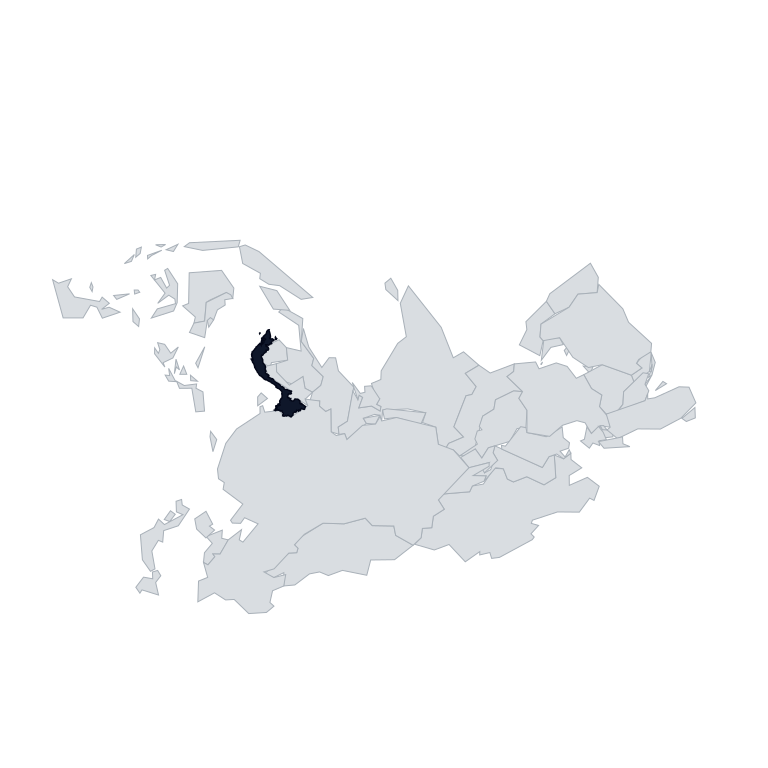 Vietnam on a map of Asia (Robinson projection), rotated 164°
{"feature_id": "VNM", "entity_name": "Vietnam", "entity_type": "country or territory", "adm_level": 0, "iso_a3": "VNM", "parent_name": "Asia", "parent_adm1": "", "projection": "robinson", "projection_center": [106.111, 15.964], "detail": "fine", "context": "in_parent", "style": "filled", "palette": "ink", "viewbox_px": 768, "rotation_deg": 164, "n_neighbors": 45, "source": "natural_earth", "source_scale": "50m", "svg_char_len": 18732}
<svg xmlns="http://www.w3.org/2000/svg" viewBox="0 0 768 768"><g transform="rotate(164 384 384)"><path d="M398.7,221.5L390.7,226.0L386.9,234.6L377.7,232.7L373.0,243.3L360.6,247.0L363.7,257.5L360.2,262.5L331.4,256.8L327.2,261.6L316.1,260.4L301.5,272.6L292.6,269.6L291.6,258.6L286.6,254.2L272.3,255.5L258.0,243.0L244.7,246.6L239.9,268.8L232.0,262.6L223.5,265.9L225.0,259.8L217.0,248.9L231.2,245.0L233.8,235.5L214.2,238.2L205.3,226.4L214.2,214.2L217.8,217.6L231.6,207.0L252.5,213.2L278.9,212.2L280.8,209.4L274.4,205.4L284.0,199.5L281.8,195.5L284.4,193.5L320.8,185.5L328.6,186.7L328.7,192.8L339.1,193.3L338.1,196.5L354.9,190.7L365.7,211.8L381.4,210.6L398.7,221.5Z" fill="#d9dde1" stroke="#a8b0b8" stroke-width="1"/><path d="M239.9,268.8L244.7,246.6L258.0,243.0L272.3,255.5L286.6,254.2L291.6,258.6L292.6,269.6L299.7,272.7L314.6,263.0L311.2,267.5L323.6,271.4L316.6,275.8L310.8,275.3L311.9,270.9L305.0,272.3L300.0,279.5L295.9,279.2L298.1,287.8L294.4,294.0L254.8,260.1L245.4,268.7L239.9,268.8Z" fill="#d9dde1" stroke="#a8b0b8" stroke-width="1"/><path d="M674.2,536.0L673.8,575.6L669.1,570.6L655.5,571.3L661.3,564.7L657.5,553.0L634.7,541.7L631.0,545.2L625.8,537.3L634.9,533.6L627.1,533.6L617.9,525.8L636.6,524.9L638.8,537.0L644.4,540.6L655.1,530.5L674.2,536.0ZM587.7,574.3L584.8,581.9L579.5,582.5L582.4,576.7L587.7,574.3ZM637.4,562.1L637.0,557.5L639.1,553.3L640.2,558.0L637.4,562.1ZM549.9,494.9L546.9,500.4L556.0,514.6L549.6,515.3L540.6,544.6L508.8,538.0L501.9,517.6L505.8,507.9L510.3,515.4L528.0,512.7L532.4,511.4L539.1,493.9L549.9,494.9ZM603.7,540.8L617.6,539.0L619.5,543.6L603.7,540.8ZM598.2,543.2L594.5,542.1L593.5,539.5L598.9,539.2L598.2,543.2ZM604.0,506.9L608.1,513.2L604.9,525.6L601.1,514.0L604.0,506.9ZM566.1,512.2L589.5,511.5L581.2,518.7L562.3,518.7L561.6,523.3L566.4,528.7L579.3,523.9L569.4,531.7L578.2,552.6L573.3,552.3L575.9,547.3L569.3,548.0L566.5,536.1L562.9,538.0L563.5,553.8L560.1,554.7L554.7,537.2L560.4,519.2L566.1,512.2ZM565.2,580.8L555.5,578.3L560.5,577.1L565.2,580.8ZM560.7,573.8L571.9,571.6L576.7,569.4L575.9,572.8L560.7,573.8ZM549.9,569.4L556.4,573.1L543.6,575.1L549.9,569.4ZM486.3,556.0L521.5,562.4L538.1,571.1L532.0,573.4L482.7,561.8L486.3,556.0ZM472.3,524.5L486.6,538.8L485.1,555.8L479.1,555.9L467.7,545.8L428.6,486.8L440.3,488.2L457.2,507.3L467.2,511.6L474.4,519.5L472.3,524.5Z" fill="#d9dde1" stroke="#a8b0b8" stroke-width="1"/><path d="M588.3,577.3L593.0,571.5L600.4,571.3L588.3,577.3Z" fill="#d9dde1" stroke="#a8b0b8" stroke-width="1"/><path d="M128.0,317.5L121.8,326.1L118.5,340.5L117.3,330.0L124.0,318.7L128.0,317.5Z" fill="#d9dde1" stroke="#a8b0b8" stroke-width="1"/><path d="M133.2,311.8L124.2,318.6L132.9,309.5L133.2,311.8Z" fill="#d9dde1" stroke="#a8b0b8" stroke-width="1"/><path d="M125.4,322.9L120.8,329.2L123.7,322.0L125.4,322.9Z" fill="#d9dde1" stroke="#a8b0b8" stroke-width="1"/><path d="M125.4,322.9L143.2,316.9L143.8,324.3L131.7,328.3L135.6,334.3L124.2,342.3L118.5,340.5L125.4,322.9Z" fill="#d9dde1" stroke="#a8b0b8" stroke-width="1"/><path d="M200.8,372.5L213.5,373.2L226.2,363.5L217.9,383.1L202.4,380.1L200.8,372.5Z" fill="#d9dde1" stroke="#a8b0b8" stroke-width="1"/><path d="M197.1,369.4L197.2,364.9L200.6,361.1L201.5,366.6L197.1,369.4Z" fill="#d9dde1" stroke="#a8b0b8" stroke-width="1"/><path d="M183.0,337.1L187.5,346.3L178.4,342.9L183.0,337.1Z" fill="#d9dde1" stroke="#a8b0b8" stroke-width="1"/><path d="M143.8,324.3L143.2,316.9L155.8,310.5L159.9,298.7L168.9,292.5L178.6,293.8L183.1,302.9L177.7,313.3L185.8,322.4L189.4,337.9L168.9,342.4L143.8,324.3Z" fill="#d9dde1" stroke="#a8b0b8" stroke-width="1"/><path d="M219.1,381.8L226.4,368.3L243.1,384.3L231.7,396.9L230.4,404.8L205.1,418.7L200.3,404.4L216.6,398.3L221.1,386.2L219.1,381.8ZM227.8,359.9L225.5,361.5L227.2,359.4L227.8,359.9Z" fill="#d9dde1" stroke="#a8b0b8" stroke-width="1"/><path d="M467.8,445.9L470.0,433.5L486.3,435.6L488.7,431.4L494.7,437.7L494.0,445.0L485.0,449.7L487.4,453.4L472.7,455.4L467.8,445.9Z" fill="#d9dde1" stroke="#a8b0b8" stroke-width="1"/><path d="M481.9,433.2L470.0,433.5L467.8,445.9L454.6,438.5L449.8,463.9L465.3,482.2L460.0,485.5L444.0,469.3L451.8,447.7L444.5,428.0L448.3,421.6L440.4,407.8L445.1,400.1L455.0,395.8L461.1,401.6L459.9,413.5L471.2,408.6L479.3,414.0L483.9,425.3L481.9,433.2Z" fill="#d9dde1" stroke="#a8b0b8" stroke-width="1"/><path d="M493.4,433.6L481.9,433.2L483.9,425.3L475.2,409.0L459.9,413.5L461.1,401.6L455.0,395.8L463.9,391.2L463.2,384.2L471.3,393.7L477.8,393.7L479.8,399.0L474.9,402.8L493.0,423.2L493.4,433.6Z" fill="#d9dde1" stroke="#a8b0b8" stroke-width="1"/><path d="M455.0,395.8L445.1,400.1L440.4,407.8L448.3,421.6L444.5,428.0L451.8,447.7L446.2,459.6L446.1,440.2L439.2,417.0L429.5,424.4L423.3,422.5L424.2,409.2L413.9,389.3L429.4,358.3L439.9,355.2L441.1,348.0L448.0,352.6L442.0,374.6L447.6,373.6L452.1,380.4L450.5,385.4L460.5,387.1L455.0,395.8Z" fill="#d9dde1" stroke="#a8b0b8" stroke-width="1"/><path d="M606.7,262.2L603.1,271.3L593.0,278.1L597.0,286.5L579.7,288.1L582.5,280.4L576.7,277.1L580.4,273.2L588.5,265.7L595.3,267.8L594.2,264.6L603.1,258.7L606.7,262.2Z" fill="#d9dde1" stroke="#a8b0b8" stroke-width="1"/><path d="M587.1,290.3L597.6,285.1L604.1,296.2L603.1,306.5L590.2,310.7L587.3,296.5L591.0,295.5L587.1,290.3Z" fill="#d9dde1" stroke="#a8b0b8" stroke-width="1"/><path d="M400.5,221.0L422.3,212.2L445.3,218.5L453.3,204.9L475.3,216.3L490.3,215.2L497.7,221.1L508.0,222.0L525.1,215.4L536.0,217.5L532.3,230.3L543.2,228.3L551.7,234.4L522.1,247.7L514.4,245.9L512.0,249.8L514.4,254.1L507.6,259.4L481.0,267.0L460.9,260.6L439.0,260.2L434.3,251.1L413.7,244.8L414.5,235.3L400.5,221.0Z" fill="#d9dde1" stroke="#a8b0b8" stroke-width="1"/><path d="M441.1,348.0L439.9,355.2L429.4,358.3L415.9,385.9L413.4,376.2L411.0,380.2L408.2,377.0L414.8,368.0L402.0,366.2L395.2,359.1L393.2,363.2L396.8,366.4L392.2,370.9L395.4,372.6L395.9,388.0L385.8,389.2L383.1,397.4L359.6,419.3L349.5,423.3L346.1,457.1L333.5,471.6L313.4,422.7L310.2,390.1L298.7,393.0L287.6,375.9L302.9,371.8L296.1,356.1L302.4,349.7L308.4,350.1L328.6,323.6L322.1,311.1L338.2,309.1L343.6,304.0L348.4,311.1L346.1,328.2L357.6,336.3L351.8,344.8L368.0,353.5L392.5,359.3L396.4,349.1L396.7,355.1L401.4,357.4L413.3,356.7L411.8,351.0L435.0,340.8L435.5,347.1L441.1,348.0Z" fill="#d9dde1" stroke="#a8b0b8" stroke-width="1"/><path d="M413.4,376.2L414.1,394.2L409.4,381.5L404.6,381.3L403.3,387.1L396.8,385.8L392.2,370.9L396.8,366.4L393.2,363.2L395.2,359.1L402.0,366.2L414.8,368.0L408.2,377.0L411.0,380.2L413.4,376.2Z" fill="#d9dde1" stroke="#a8b0b8" stroke-width="1"/><path d="M411.8,351.0L413.3,356.7L396.7,355.1L403.2,347.8L411.8,351.0Z" fill="#d9dde1" stroke="#a8b0b8" stroke-width="1"/><path d="M393.2,350.4L392.5,359.3L388.2,359.4L351.8,344.8L359.9,334.9L381.4,348.4L393.2,350.4Z" fill="#d9dde1" stroke="#a8b0b8" stroke-width="1"/><path d="M343.6,304.0L338.2,309.1L322.1,311.1L328.6,323.6L308.4,350.1L302.4,349.7L296.1,356.1L302.9,371.8L287.6,375.9L278.9,365.3L253.2,367.4L255.9,360.3L263.7,357.2L252.9,338.5L261.3,341.6L281.2,338.1L285.3,329.5L298.0,325.9L314.1,297.8L331.2,294.0L335.5,301.5L343.6,304.0Z" fill="#d9dde1" stroke="#a8b0b8" stroke-width="1"/><path d="M278.9,294.2L301.3,293.9L310.4,285.8L314.2,296.4L321.9,291.8L331.2,294.0L310.8,300.5L311.8,306.1L307.3,313.1L302.5,313.0L304.1,317.0L298.0,325.9L285.3,329.5L281.2,338.1L261.3,341.6L252.9,338.5L258.3,333.0L253.8,319.3L259.6,303.0L268.4,304.5L278.9,294.2Z" fill="#d9dde1" stroke="#a8b0b8" stroke-width="1"/><path d="M294.4,294.0L298.1,287.8L295.9,279.2L311.9,270.9L312.9,275.2L304.6,279.5L325.4,280.1L330.5,292.3L314.2,296.4L310.4,285.8L301.3,293.9L294.4,294.0Z" fill="#d9dde1" stroke="#a8b0b8" stroke-width="1"/><path d="M314.6,263.0L327.2,261.6L331.4,256.8L360.2,262.5L325.4,280.1L304.6,279.5L305.6,276.0L323.6,271.4L311.2,267.5L314.6,263.0Z" fill="#d9dde1" stroke="#a8b0b8" stroke-width="1"/><path d="M223.5,265.9L232.0,262.6L237.3,269.1L245.4,268.7L254.8,260.1L288.7,288.9L288.0,292.6L284.4,290.8L264.4,305.3L259.6,303.0L260.0,297.9L242.6,288.6L224.6,293.6L226.5,283.0L221.9,276.4L224.2,271.4L233.3,270.9L230.0,263.9L224.1,269.8L223.5,265.9Z" fill="#d9dde1" stroke="#a8b0b8" stroke-width="1"/><path d="M189.4,337.9L185.8,322.4L177.7,313.3L183.1,302.9L177.0,289.0L178.5,280.1L187.7,284.3L198.3,279.2L201.4,291.3L208.7,295.6L223.8,295.1L239.2,288.0L260.0,297.9L253.8,319.3L258.3,333.0L252.9,338.5L263.7,357.2L255.9,360.3L253.2,367.4L232.2,363.4L230.8,355.9L212.6,356.8L203.1,350.4L197.6,336.5L189.4,337.9Z" fill="#d9dde1" stroke="#a8b0b8" stroke-width="1"/><path d="M126.7,320.9L133.2,311.8L131.3,304.5L137.7,296.0L166.5,293.5L159.9,298.7L155.8,310.5L131.9,323.4L126.7,320.9Z" fill="#d9dde1" stroke="#a8b0b8" stroke-width="1"/><path d="M189.5,284.1L177.5,275.1L178.5,270.1L187.8,271.7L189.5,284.1Z" fill="#d9dde1" stroke="#a8b0b8" stroke-width="1"/><path d="M178.6,293.8L137.7,296.0L133.2,302.0L134.6,297.0L127.5,296.1L101.2,300.0L91.7,296.9L89.4,279.9L108.1,269.3L130.8,264.5L152.5,270.9L174.6,267.1L182.3,278.4L178.5,280.1L178.6,293.8ZM94.1,265.6L103.7,264.6L107.1,268.8L91.6,275.7L94.1,265.6Z" fill="#d9dde1" stroke="#a8b0b8" stroke-width="1"/><path d="M356.2,474.3L355.3,480.7L348.3,483.8L345.0,470.2L347.6,460.3L356.2,474.3Z" fill="#d9dde1" stroke="#a8b0b8" stroke-width="1"/><path d="M504.5,409.3L500.0,402.2L511.4,397.9L509.0,406.4L504.5,409.3ZM325.4,280.1L363.7,257.5L360.6,247.0L373.0,243.3L377.7,232.7L386.9,234.6L390.7,226.0L400.5,221.0L414.5,235.3L413.7,244.8L434.3,251.1L439.0,260.2L460.9,260.6L481.0,267.0L502.0,261.5L514.4,254.1L512.0,249.8L514.4,245.9L522.1,247.7L540.6,236.6L551.3,236.5L543.2,228.3L531.0,227.9L536.0,217.5L548.1,216.0L553.9,205.4L551.0,200.8L560.0,196.8L577.3,200.6L587.4,218.2L595.8,220.1L604.5,230.0L623.0,225.9L616.6,245.7L606.8,246.7L606.7,262.2L603.1,258.7L594.2,264.6L595.3,267.8L588.5,265.7L576.7,277.1L561.1,283.3L566.1,274.1L563.2,270.9L543.6,284.3L554.9,293.9L560.3,289.6L568.1,292.1L569.1,295.3L552.8,307.5L567.7,327.1L564.7,333.3L569.2,338.5L567.5,348.2L552.4,370.6L538.1,381.4L511.3,389.8L509.5,396.3L506.6,396.6L506.4,389.8L491.6,387.3L489.9,381.3L482.5,377.9L463.2,384.2L463.9,391.2L450.5,385.4L452.1,380.4L447.6,373.6L442.0,374.6L448.0,352.6L444.1,347.6L435.5,347.1L435.0,340.8L416.0,350.2L403.2,347.8L396.7,353.9L396.4,349.1L381.4,348.4L346.1,328.2L348.4,311.1L335.5,301.5L325.4,280.1Z" fill="#d9dde1" stroke="#a8b0b8" stroke-width="1"/><path d="M567.1,366.1L565.8,381.3L563.7,386.3L560.1,376.7L567.1,366.1Z" fill="#d9dde1" stroke="#a8b0b8" stroke-width="1"/><path d="M193.7,265.4L199.5,269.7L204.3,265.7L210.8,275.1L206.6,275.6L200.8,286.8L198.3,279.2L189.5,284.1L186.6,277.2L185.6,269.1L192.9,270.2L193.7,265.4ZM187.7,284.3L184.4,283.5L182.3,278.4L186.6,279.8L187.7,284.3Z" fill="#d9dde1" stroke="#a8b0b8" stroke-width="1"/><path d="M164.9,256.0L190.2,261.6L193.7,269.5L169.3,267.4L170.8,260.7L164.9,256.0Z" fill="#d9dde1" stroke="#a8b0b8" stroke-width="1"/><path d="M567.6,445.8L562.5,438.1L568.9,440.5L567.6,445.8ZM577.1,465.2L576.7,453.9L578.9,457.6L582.7,451.7L577.1,465.2ZM590.0,460.7L596.2,476.3L594.5,481.9L592.4,475.7L590.0,478.8L590.2,486.1L583.9,482.6L580.5,472.4L571.5,476.3L579.8,467.2L590.4,465.4L590.0,460.7ZM559.3,455.9L546.0,469.2L558.3,450.9L559.3,455.9ZM572.6,409.1L569.9,432.9L581.8,436.2L582.6,443.8L576.4,437.6L564.1,435.7L565.9,431.7L560.2,426.3L564.0,407.4L572.6,409.1ZM571.7,456.5L570.9,447.7L577.6,449.6L571.7,456.5ZM590.2,446.1L591.9,452.9L587.7,451.2L586.7,458.4L583.6,443.7L590.2,446.1Z" fill="#d9dde1" stroke="#a8b0b8" stroke-width="1"/><path d="M454.3,480.8L469.7,486.5L476.5,512.2L461.3,503.3L454.3,480.8ZM549.9,494.9L539.1,493.9L532.4,511.4L510.3,515.4L506.7,512.0L505.8,507.9L513.8,508.9L514.9,503.7L523.7,501.2L530.1,492.6L536.3,493.8L543.6,478.0L556.8,487.2L549.9,494.9Z" fill="#d9dde1" stroke="#a8b0b8" stroke-width="1"/><path d="M536.8,486.9L536.3,493.8L532.6,495.7L530.1,492.6L536.8,486.9Z" fill="#d9dde1" stroke="#a8b0b8" stroke-width="1"/><path d="M664.7,281.6L659.7,306.2L644.6,309.4L638.0,316.3L633.8,309.4L613.3,313.8L618.8,318.3L616.2,328.6L610.4,328.8L611.3,323.3L605.5,317.4L620.8,304.4L636.2,303.8L640.3,293.0L644.0,295.9L653.2,287.5L655.1,269.4L660.1,268.3L664.7,281.6ZM673.4,252.8L676.3,250.2L678.6,257.0L668.4,264.6L660.0,260.5L658.4,267.1L653.0,267.2L651.4,261.2L658.2,256.2L658.9,243.3L673.4,252.8ZM620.6,316.3L627.9,310.9L632.6,314.3L624.2,321.0L620.6,316.3Z" fill="#d9dde1" stroke="#a8b0b8" stroke-width="1"/><path d="M200.3,404.4L205.1,418.7L199.7,425.1L152.3,443.2L148.6,427.5L153.9,413.1L172.8,416.9L184.9,406.8L200.3,404.4Z" fill="#d9dde1" stroke="#a8b0b8" stroke-width="1"/><path d="M118.6,341.4L132.4,337.4L135.6,334.3L131.7,328.3L143.8,324.3L168.9,342.4L183.0,343.5L195.1,357.6L202.4,380.1L219.1,381.8L221.1,386.2L216.6,398.3L184.9,406.8L172.8,416.9L153.9,413.1L150.1,420.6L133.7,390.5L131.9,375.9L115.6,349.3L118.6,341.4Z" fill="#d9dde1" stroke="#a8b0b8" stroke-width="1"/><path d="M125.0,302.9L115.2,309.6L112.3,306.4L125.0,302.9Z" fill="#d9dde1" stroke="#a8b0b8" stroke-width="1"/><path d="M496.5,389.1L495.6,389.2L495.1,389.8L494.7,390.0L494.1,390.2L493.5,390.5L493.3,391.1L493.2,391.9L492.2,392.6L491.9,392.5L491.7,392.2L491.4,392.3L491.2,392.4L490.7,392.5L490.4,392.5L489.9,392.2L489.7,392.2L489.6,392.5L490.0,393.4L490.0,393.9L489.0,395.1L489.1,395.9L488.8,396.6L488.2,397.1L486.9,398.4L486.4,398.4L486.0,398.7L485.1,400.8L485.1,401.6L484.9,402.1L485.0,402.6L484.6,403.6L484.2,404.1L484.1,404.6L485.5,407.5L486.4,408.6L486.8,408.9L487.3,409.2L488.2,410.2L488.7,410.8L488.5,411.3L488.6,412.2L488.0,411.9L488.0,412.1L488.8,412.6L490.0,414.4L492.0,416.3L492.3,417.2L493.3,417.9L494.3,418.8L494.2,419.0L495.2,419.7L495.6,420.2L495.8,420.7L496.1,420.8L496.4,420.7L496.8,420.7L497.2,421.2L497.6,421.7L497.8,422.1L498.0,422.1L498.2,422.8L498.8,423.5L499.1,424.1L499.8,425.2L500.3,425.8L501.1,426.5L501.5,427.7L501.7,428.8L502.2,430.0L502.5,430.5L502.5,431.5L502.8,432.5L503.1,433.2L503.2,433.9L503.7,435.7L503.6,436.3L503.4,435.8L503.4,437.4L503.6,438.2L503.5,439.3L503.7,439.6L504.1,440.8L504.3,441.2L504.3,442.7L504.5,443.4L504.1,443.0L503.9,442.5L503.5,442.7L503.2,443.1L503.7,444.7L503.2,444.5L503.2,446.6L503.5,447.1L503.5,447.3L503.4,447.6L503.3,447.3L503.2,447.0L503.0,447.6L502.9,448.0L503.1,448.4L503.2,448.7L502.8,449.5L502.3,449.5L502.0,451.1L501.1,451.2L500.5,451.9L499.7,452.2L499.0,452.9L498.2,453.5L497.3,453.8L496.8,454.8L495.9,455.0L494.4,455.8L493.9,456.3L493.5,456.4L492.8,456.8L492.5,456.4L491.9,456.2L491.6,455.8L491.4,455.2L491.3,455.5L491.2,456.5L491.1,456.8L490.9,456.9L490.4,456.6L490.0,456.0L489.3,456.4L489.8,456.4L490.0,456.5L490.2,456.9L490.2,457.2L490.1,457.4L489.5,457.5L488.5,457.4L489.3,457.8L490.0,458.1L490.3,458.3L490.3,458.5L489.9,458.9L489.6,459.3L489.6,459.8L489.2,460.1L488.5,459.6L486.8,457.9L487.0,458.4L488.8,460.3L489.1,461.0L489.1,461.4L488.7,461.9L488.1,461.9L487.2,461.2L485.7,459.5L485.2,459.2L486.7,461.2L486.9,461.7L487.2,462.3L487.0,462.9L483.4,464.7L482.9,465.5L482.4,466.5L481.7,467.1L481.3,467.6L480.1,467.9L479.5,467.8L480.1,466.9L479.7,466.5L479.7,464.2L479.9,461.6L480.2,460.3L480.6,460.0L481.2,459.8L481.2,459.6L481.2,459.3L480.9,458.8L480.5,458.6L480.0,458.5L479.6,458.0L479.4,458.0L478.9,458.2L478.6,458.0L478.5,457.6L477.6,456.7L477.9,456.7L478.4,456.1L479.7,456.1L479.9,456.0L480.6,455.2L481.0,455.0L481.0,454.8L480.8,453.8L481.0,453.7L481.6,453.8L482.4,454.1L482.9,453.4L484.4,453.2L484.8,453.2L485.3,454.0L485.7,453.8L486.6,454.4L486.9,454.4L486.8,453.6L487.0,453.1L486.9,452.9L485.5,451.6L485.3,451.3L485.3,450.2L485.2,449.7L485.3,449.3L485.7,449.2L486.1,448.5L486.6,448.6L487.9,449.0L488.2,449.0L488.3,448.9L488.3,447.4L488.7,447.3L489.8,447.2L490.1,446.7L491.0,446.6L492.3,445.4L492.5,445.2L492.9,445.1L493.2,445.1L493.5,445.5L493.8,445.2L494.1,444.8L494.3,444.4L494.4,443.8L494.3,442.8L494.0,441.4L493.9,440.8L494.6,438.3L494.6,437.8L493.5,434.9L493.3,434.8L493.2,434.1L493.3,432.6L493.8,432.1L494.2,430.9L494.2,430.6L494.1,429.9L494.2,429.6L493.9,428.9L494.0,428.6L494.3,428.4L494.8,427.6L494.9,427.2L494.4,426.4L493.2,425.4L492.9,425.0L492.4,424.2L492.3,423.9L492.4,423.7L493.3,423.2L493.5,423.0L493.6,422.7L493.5,422.4L493.0,422.2L492.5,421.9L491.7,421.0L491.0,420.5L490.8,420.3L490.6,419.6L490.0,419.9L489.8,419.9L489.6,419.7L489.5,419.4L489.0,418.7L488.9,417.4L488.7,416.9L488.3,416.6L487.8,415.7L487.5,415.3L486.1,414.1L484.4,412.1L484.1,411.5L483.9,410.6L483.2,409.6L482.9,409.4L482.5,409.4L481.6,408.4L481.4,408.0L481.2,407.8L481.2,407.5L481.4,407.0L481.5,406.8L481.5,406.5L481.4,406.4L480.7,406.1L479.3,405.6L478.7,405.3L477.8,404.5L476.1,403.2L475.1,402.8L474.9,402.6L474.9,402.4L475.6,401.9L475.8,401.5L475.8,401.0L475.6,400.5L475.7,400.3L476.9,400.2L478.4,400.7L478.6,400.7L479.4,399.8L479.7,399.3L479.8,398.9L480.0,398.7L480.4,398.2L480.4,397.8L480.2,397.3L480.0,397.1L479.8,397.0L479.2,397.1L479.0,396.3L478.8,396.1L478.1,395.8L477.6,395.7L477.7,395.4L478.3,395.0L478.5,394.7L478.6,394.4L477.4,393.3L476.5,392.8L476.1,392.6L475.8,392.6L474.9,393.1L474.4,393.4L474.0,394.0L473.6,394.1L472.7,393.6L471.4,393.2L470.8,392.9L469.6,391.0L469.5,390.6L469.7,389.6L469.8,389.2L470.0,388.8L470.1,388.4L470.0,388.1L469.8,387.9L469.5,387.8L469.3,387.3L469.2,387.4L469.1,387.9L468.9,388.1L468.7,388.2L468.4,387.9L468.2,387.1L468.1,386.7L467.6,386.4L467.3,386.0L466.6,385.1L466.0,384.4L465.7,383.8L466.3,383.3L467.0,382.2L467.2,381.8L467.3,381.7L467.5,381.6L467.8,381.6L468.8,382.2L469.4,382.6L470.0,383.3L470.3,383.4L471.0,382.9L471.0,382.5L471.7,381.8L471.9,381.5L472.0,381.5L472.8,382.5L473.1,382.4L473.3,381.7L473.6,381.4L475.1,382.9L475.4,382.8L475.5,382.6L475.6,382.1L475.8,381.6L476.3,381.3L476.7,381.2L477.1,381.8L477.5,381.9L478.3,381.3L478.6,381.2L479.2,381.1L479.7,380.6L479.9,379.5L480.1,379.2L481.8,378.4L482.3,378.0L482.7,378.2L483.1,378.6L483.4,379.0L483.7,379.6L484.4,379.9L485.2,380.5L485.9,380.4L486.1,380.2L486.9,380.2L487.0,380.3L487.4,380.9L487.5,380.9L488.9,380.6L489.3,380.8L490.2,381.4L489.8,382.3L489.4,382.6L489.1,382.7L489.0,383.1L488.9,383.7L489.0,384.1L489.4,384.4L489.5,384.7L489.6,386.3L489.9,386.2L490.7,386.5L490.9,386.6L491.2,386.6L491.4,386.8L491.4,387.2L491.7,387.4L492.3,387.9L492.8,387.9L493.2,388.5L493.6,388.3L493.8,388.6L494.7,388.5L495.3,388.3L495.6,388.3L496.5,389.1ZM475.7,456.8L475.8,457.2L475.8,457.9L475.5,458.6L475.6,458.9L475.4,459.1L475.1,457.7L474.6,457.2L474.8,457.0L475.3,456.6L475.5,456.6L475.7,456.8ZM494.5,390.9L493.8,391.7L493.5,391.7L493.7,390.8L493.9,390.6L494.3,390.9L494.5,390.9ZM491.5,393.8L491.3,393.8L490.9,393.3L491.1,393.1L491.6,393.2L491.7,393.4L491.7,393.5L491.5,393.8ZM494.1,392.7L493.8,392.8L493.4,392.8L493.9,392.5L494.1,392.2L494.2,392.4L494.1,392.7ZM490.6,393.4L490.6,393.5L490.1,393.1L490.3,392.7L490.6,393.1L490.6,393.4ZM492.3,456.8L491.9,457.2L491.8,456.9L492.2,456.7L492.4,456.5L492.5,456.5L492.3,456.8ZM489.6,467.1L489.2,467.3L489.1,467.1L489.6,466.7L489.6,467.1Z" fill="#0f172a" stroke="#020617" stroke-width="1.5"/></g></svg>